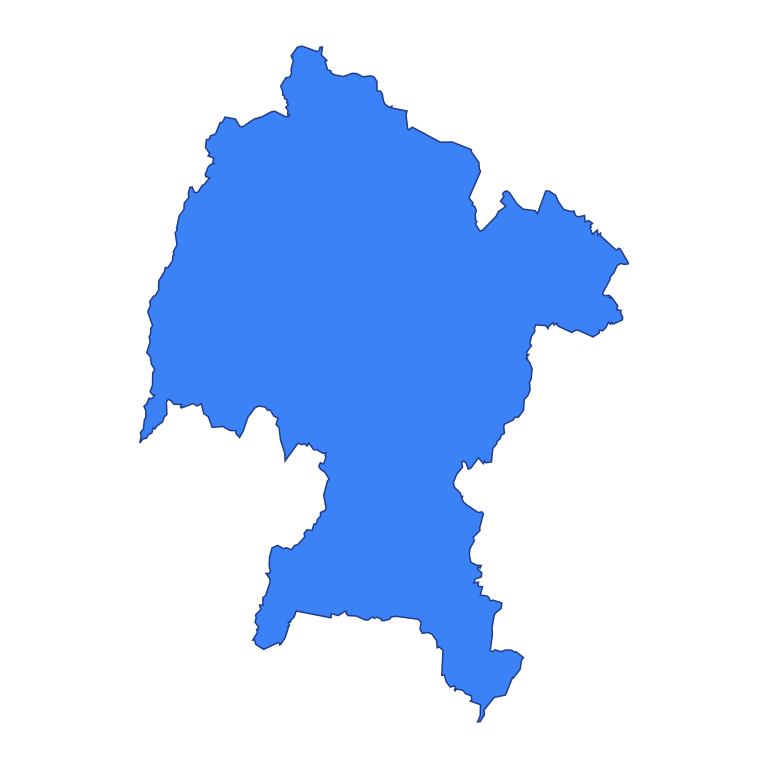 Tepetongo, Zacatecas, Mexico
{"feature_id": "50627088B99446840906957", "entity_name": "Tepetongo", "entity_type": "district", "adm_level": 2, "iso_a3": "MEX", "parent_name": "Mexico", "parent_adm1": "Zacatecas", "projection": "equal_earth", "projection_center": [-103.135, 22.423], "detail": "fine", "context": "isolated", "style": "filled", "palette": "blue", "viewbox_px": 768, "rotation_deg": 0, "n_neighbors": 0, "source": "geoboundaries", "source_scale": "gbopen_adm2", "svg_char_len": 6095}
<svg xmlns="http://www.w3.org/2000/svg" viewBox="0 0 768 768"><path d="M446.3,682.0L450.3,687.1L454.2,685.9L455.4,687.3L454.5,690.1L455.4,690.8L456.5,688.9L463.0,690.4L465.6,693.8L471.0,695.6L471.9,699.5L470.3,701.1L480.5,704.7L480.2,715.7L477.6,721.9L480.1,721.6L484.4,714.8L484.0,710.0L494.2,697.4L505.5,695.1L512.5,677.5L513.3,678.1L520.1,669.3L521.6,660.2L523.5,657.5L515.9,651.7L514.3,652.2L511.7,650.3L505.9,649.9L501.0,651.7L495.0,649.8L492.2,651.8L490.3,650.5L492.4,633.9L492.0,627.8L494.1,615.8L495.4,613.1L501.0,608.6L501.9,603.0L493.3,600.2L490.1,600.7L488.9,597.4L486.6,595.9L480.2,595.1L482.6,586.8L478.0,586.2L478.5,582.2L473.7,582.8L475.4,578.9L481.1,577.0L481.8,572.9L477.4,568.7L478.0,567.1L480.1,568.2L481.3,565.5L477.1,565.3L470.9,562.4L469.3,554.5L469.9,548.7L474.4,540.7L473.2,537.4L480.0,530.4L479.6,527.9L483.4,513.8L482.0,511.9L478.1,512.5L466.7,504.9L463.7,502.2L461.8,498.6L462.6,496.4L461.3,496.5L460.3,493.0L454.6,487.5L453.3,482.9L456.6,474.4L462.5,467.3L461.7,462.1L463.8,461.1L466.0,463.0L468.3,469.2L471.0,468.0L478.4,457.8L483.3,463.6L484.5,461.0L485.7,462.8L491.4,462.0L492.8,448.5L496.9,443.5L497.0,441.5L500.3,438.5L501.2,435.2L504.4,433.4L503.8,426.8L504.5,424.1L512.7,420.3L515.1,417.2L518.3,417.2L523.5,410.4L524.2,399.6L527.8,395.7L530.1,389.9L529.5,382.2L531.1,379.3L532.1,368.6L529.3,361.8L527.3,360.0L527.7,358.7L526.1,358.5L528.6,354.5L526.8,355.0L526.8,352.0L531.6,345.4L529.8,343.9L530.2,341.9L531.4,336.4L534.9,331.3L534.4,328.5L535.6,324.9L545.8,325.6L548.0,328.6L548.4,326.8L552.8,322.6L554.0,325.0L556.9,323.1L556.9,324.7L558.7,326.4L571.8,332.5L575.6,330.2L578.4,330.3L593.0,336.9L599.1,333.1L599.5,330.1L602.5,330.8L605.7,327.9L608.5,322.3L610.5,324.2L611.4,322.4L612.9,324.1L622.3,320.0L622.7,317.2L620.4,312.3L621.2,310.5L616.6,309.6L617.8,305.9L612.5,298.5L609.6,297.6L611.3,297.1L609.1,295.3L604.4,295.8L602.9,294.1L603.1,292.3L610.0,279.7L610.2,277.0L614.2,272.3L617.0,265.7L620.6,263.4L624.3,264.4L628.2,263.9L628.2,262.8L620.2,248.8L618.5,248.3L617.1,250.0L615.1,249.2L600.7,235.9L600.5,233.2L598.0,235.4L597.4,230.1L592.4,234.2L590.2,228.3L591.3,227.1L589.9,225.6L592.6,223.4L588.9,220.7L585.0,221.7L584.6,215.5L577.9,217.0L575.5,215.4L573.9,211.0L570.8,211.5L563.6,209.4L558.4,201.8L555.6,195.3L549.3,191.1L545.8,190.9L537.4,213.8L535.2,210.7L523.3,209.2L517.1,204.1L509.5,192.7L506.7,190.9L504.4,191.7L502.5,193.9L503.9,196.5L500.5,201.2L505.8,206.4L498.2,211.8L496.1,216.3L482.2,230.6L479.6,230.7L475.3,223.7L476.9,221.9L475.6,219.9L475.2,213.9L476.4,210.7L474.6,206.4L472.1,205.1L473.1,203.0L469.0,198.0L480.5,171.5L479.3,168.9L478.9,162.5L471.5,152.0L471.1,149.5L452.1,142.0L440.4,142.2L412.3,127.2L408.8,129.7L407.7,128.8L406.0,114.8L407.0,111.0L391.7,108.0L391.9,106.2L389.5,107.4L385.3,104.6L383.5,101.2L382.2,93.6L380.4,91.2L377.0,90.8L377.0,81.7L374.1,77.1L370.7,75.8L363.0,76.9L356.7,73.6L352.3,73.3L343.5,76.5L334.5,74.9L331.6,73.4L330.6,70.8L327.5,69.7L325.2,61.4L326.9,60.4L321.4,55.1L322.4,47.0L320.0,47.2L319.5,50.2L317.3,51.7L302.0,46.1L297.3,47.3L291.1,55.9L292.5,56.6L291.8,57.8L293.4,60.1L291.0,69.6L291.6,72.7L290.0,76.9L285.7,77.9L280.7,86.2L282.8,91.4L282.6,94.9L284.4,96.0L284.5,98.6L287.2,99.7L286.6,102.7L287.9,103.4L287.9,105.5L285.7,107.3L288.0,110.1L287.6,114.8L289.4,114.8L289.0,116.6L285.2,116.6L275.0,111.3L271.5,111.7L261.6,117.0L254.0,119.1L242.7,126.9L239.6,126.2L235.5,119.1L225.0,117.1L222.4,122.5L220.2,122.5L215.5,134.1L210.6,135.7L209.0,139.5L206.4,139.6L205.5,147.5L209.7,153.7L208.1,156.0L213.6,157.9L212.9,162.2L214.2,163.5L210.6,164.5L208.2,167.1L205.2,174.8L205.8,176.6L209.6,177.7L203.7,185.1L202.4,185.1L198.1,192.1L194.7,192.7L192.1,186.9L189.8,187.5L188.2,194.1L189.1,197.1L184.3,203.1L183.9,209.6L179.1,216.0L176.6,228.4L177.2,230.1L175.2,232.7L177.0,245.0L173.3,251.8L174.0,255.0L172.9,255.7L172.5,260.7L167.8,267.8L165.4,267.5L164.3,271.7L158.7,281.1L158.6,289.9L155.4,295.5L153.4,296.3L149.7,301.6L150.4,306.1L148.0,310.8L148.2,313.2L152.6,325.7L150.8,328.3L150.6,334.3L149.2,336.3L150.1,342.0L146.8,352.6L150.3,356.7L151.4,364.1L154.7,369.4L152.7,373.0L152.5,385.2L150.1,391.8L152.8,395.2L154.4,394.9L153.9,397.2L149.8,399.1L149.1,398.2L146.4,404.3L143.9,406.3L145.9,410.6L145.7,418.0L144.4,419.6L143.4,428.9L140.4,432.6L141.2,436.1L139.8,443.0L143.0,438.9L146.4,438.3L148.2,434.9L151.8,433.0L153.3,427.8L154.9,429.0L156.9,425.9L162.5,422.0L164.3,416.8L166.9,414.6L166.4,402.0L168.2,399.2L171.2,400.8L173.6,404.1L181.6,404.6L180.5,407.2L181.3,408.0L193.1,403.6L196.9,406.0L201.3,403.8L203.8,413.7L208.3,416.6L212.2,427.4L222.8,426.5L229.9,430.5L235.6,430.7L236.1,433.8L239.6,437.5L243.1,431.2L247.9,417.2L254.9,407.9L258.7,406.0L265.1,407.0L267.7,410.4L269.8,409.7L274.1,416.3L278.0,418.0L276.1,424.5L279.1,427.7L280.5,439.8L284.8,453.3L285.1,460.9L297.9,443.3L302.2,444.7L304.5,443.7L307.2,446.0L308.9,443.0L313.6,449.7L317.1,449.9L323.1,453.4L326.2,452.8L325.1,455.3L326.0,457.0L323.6,464.0L320.4,462.7L318.8,466.1L320.2,468.9L325.3,472.6L329.1,479.2L327.5,480.8L323.7,495.2L326.2,508.4L324.7,510.6L320.5,512.5L320.3,516.6L317.5,519.3L316.3,523.7L313.9,524.1L312.1,530.4L307.0,529.8L304.1,533.3L304.8,536.6L304.0,537.7L297.7,544.6L294.5,545.5L291.4,549.8L286.2,547.7L283.6,548.7L277.7,545.4L272.1,547.8L269.6,556.6L269.2,566.3L270.4,571.4L269.1,573.4L266.0,573.4L269.7,578.6L270.2,581.6L265.6,595.6L262.9,597.7L262.8,605.3L259.6,605.0L260.8,609.5L255.6,614.9L256.2,618.1L255.0,622.2L258.3,626.6L258.3,628.6L256.6,629.5L257.5,632.3L252.8,640.1L254.5,639.9L255.8,644.4L263.7,649.4L278.2,642.6L279.8,643.4L279.7,644.8L280.7,644.3L285.1,637.9L288.4,627.5L287.7,627.0L289.5,625.6L288.3,622.0L290.5,622.2L290.7,620.4L294.1,617.0L296.2,611.0L331.0,617.8L331.4,613.6L338.2,615.6L345.2,611.2L346.7,612.1L346.1,613.5L348.1,615.6L356.4,616.0L365.0,619.9L368.0,620.0L372.5,616.9L374.4,618.4L376.8,617.1L381.6,619.3L381.7,620.6L384.2,620.7L390.0,619.0L391.2,616.9L396.4,616.3L418.4,619.3L421.1,622.3L420.0,629.1L422.3,633.3L427.7,632.5L431.8,634.0L436.6,640.5L437.2,647.8L439.0,646.9L443.0,650.2L441.8,675.2L444.5,675.3L446.3,682.0Z" fill="#3b82f6" stroke="#1e3a8a" stroke-width="1.5"/></svg>